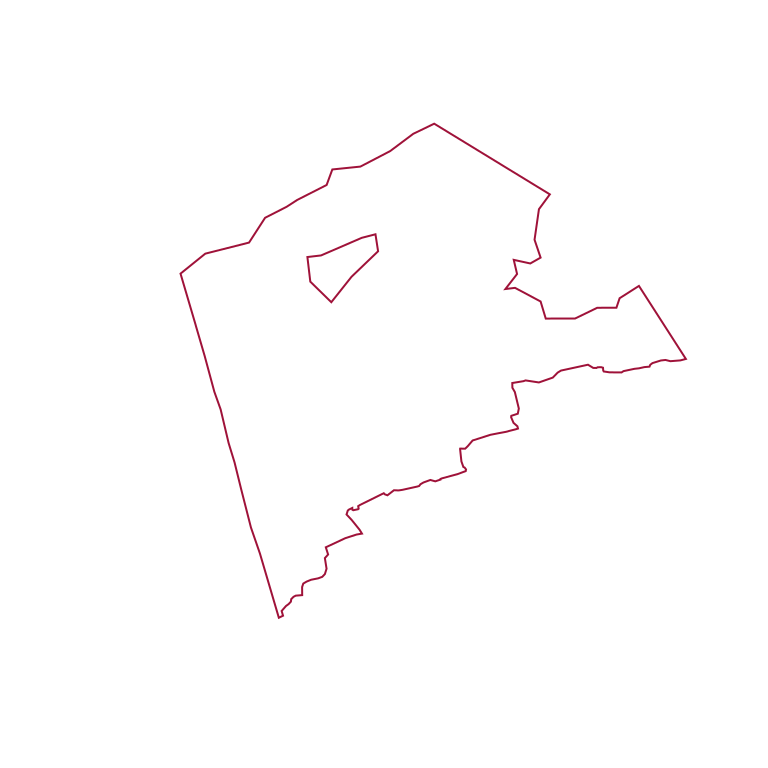 the district of Frederick, Virginia, United States of America, rotated 216°
{"feature_id": "52423323B68030863312797", "entity_name": "Frederick", "entity_type": "district", "adm_level": 2, "iso_a3": "USA", "parent_name": "United States of America", "parent_adm1": "Virginia", "projection": "robinson", "projection_center": [-78.349, 39.237], "detail": "fine", "context": "isolated", "style": "outline", "palette": "rose", "viewbox_px": 768, "rotation_deg": 216, "n_neighbors": 0, "source": "geoboundaries", "source_scale": "gbopen_adm2", "svg_char_len": 2039}
<svg xmlns="http://www.w3.org/2000/svg" viewBox="0 0 768 768"><g transform="rotate(216 384 384)"><path d="M613.5,353.7L571.4,321.3L569.9,320.1L545.6,301.3L516.7,278.0L501.2,267.4L475.0,244.9L458.8,232.7L437.8,215.0L407.3,189.7L384.7,173.9L331.7,133.1L329.5,137.2L333.4,140.2L332.8,146.8L331.8,149.9L331.4,153.2L332.6,155.4L332.1,158.7L331.0,160.9L326.1,165.1L330.9,171.6L332.0,175.1L330.5,178.6L327.9,182.8L323.1,188.0L320.6,191.7L320.1,195.5L321.9,200.8L329.5,208.4L329.0,213.2L335.1,217.7L324.7,236.5L317.7,246.1L313.9,250.0L318.0,251.7L330.2,255.0L337.6,256.4L338.9,260.3L338.6,261.7L336.8,265.1L335.7,263.7L334.7,263.8L331.4,267.4L331.2,268.2L333.1,270.0L332.3,272.1L321.0,293.6L320.0,295.5L318.6,295.2L315.8,296.0L313.5,303.9L309.6,306.5L306.8,309.3L296.8,320.6L295.6,322.2L295.6,324.3L294.2,327.5L290.1,333.6L285.3,335.4L282.1,339.9L282.5,340.4L281.6,341.8L271.4,354.5L266.7,361.6L267.4,363.1L269.7,363.8L271.0,363.5L275.9,366.9L284.3,376.2L284.4,376.5L280.3,379.4L279.7,382.9L279.1,390.4L268.1,405.4L262.6,411.3L259.0,415.1L257.3,416.9L256.1,418.3L255.3,419.4L250.8,424.8L249.4,426.7L251.2,428.2L256.4,428.7L261.7,431.9L262.3,433.1L258.3,438.6L260.5,443.4L273.4,454.4L277.9,456.4L280.8,460.2L272.8,468.3L271.6,470.1L259.6,476.3L251.2,488.4L250.2,495.3L248.7,498.9L230.3,519.5L224.2,520.0L221.6,521.8L221.0,523.1L218.3,525.2L216.4,525.9L214.6,523.8L213.6,523.3L208.4,526.0L198.6,533.0L197.8,535.2L190.3,543.5L186.9,546.6L183.3,550.7L179.4,554.1L179.9,556.0L179.1,558.7L173.8,565.8L170.4,568.9L165.7,570.8L158.1,577.3L154.5,581.7L235.4,613.2L243.8,591.9L240.8,582.3L256.3,571.0L267.9,549.3L291.6,532.0L305.8,542.8L334.5,538.8L341.6,532.2L341.0,551.2L352.0,560.7L336.5,567.5L331.6,578.3L347.0,589.2L361.4,616.5L361.3,634.9L496.4,624.1L507.4,603.6L515.9,576.1L530.9,546.0L551.9,527.2L547.4,511.3L562.4,481.9L567.0,470.0L577.9,448.6L576.3,419.1L605.2,384.4L613.5,353.7ZM473.3,451.7L474.7,419.2L503.8,423.5L520.6,441.7L510.5,451.0L487.9,489.2L478.9,500.1L466.8,487.9L473.3,451.7Z" fill="none" stroke="#9f1239" stroke-width="2"/></g></svg>